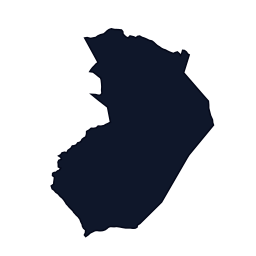 outline of Carira, Sergipe, Brazil, rotated 351°
{"feature_id": "56859067B91089442676951", "entity_name": "Carira", "entity_type": "district", "adm_level": 2, "iso_a3": "BRA", "parent_name": "Brazil", "parent_adm1": "Sergipe", "projection": "albers", "projection_center": [-37.744, -10.353], "detail": "fine", "context": "isolated", "style": "filled", "palette": "ink", "viewbox_px": 256, "rotation_deg": 351, "n_neighbors": 0, "source": "geoboundaries", "source_scale": "gbopen_adm2", "svg_char_len": 2311}
<svg xmlns="http://www.w3.org/2000/svg" viewBox="0 0 256 256"><g transform="rotate(351 128 128)"><path d="M199.9,65.3L198.5,64.2L197.6,62.1L195.9,60.3L194.1,59.8L193.0,62.3L191.2,64.6L190.3,62.6L188.7,60.6L186.5,60.9L184.5,61.5L182.8,60.6L180.9,59.5L179.0,58.2L177.2,56.8L175.2,55.8L173.6,54.7L171.7,52.8L169.7,51.1L168.3,49.4L166.7,47.3L165.2,45.8L162.5,44.7L160.4,43.2L158.2,41.8L156.0,40.7L153.9,39.0L151.9,39.0L149.8,40.2L148.0,38.9L146.1,38.1L144.4,37.4L142.2,39.1L140.4,37.9L139.2,36.5L137.8,34.5L137.9,31.9L136.9,30.2L134.1,29.4L132.2,29.0L130.4,28.7L128.7,28.1L127.1,27.4L124.8,27.8L122.8,28.7L120.8,30.1L118.8,31.3L115.4,31.6L112.5,32.4L110.5,33.5L108.0,33.6L105.1,33.7L103.4,33.0L101.8,32.3L99.3,32.3L108.7,58.6L106.4,59.8L104.6,61.3L102.5,62.8L100.4,64.8L99.1,66.3L102.3,67.3L104.9,70.0L106.9,72.3L108.7,74.1L109.1,76.1L109.0,78.3L108.9,80.2L108.6,83.3L107.9,86.3L107.7,89.7L105.8,91.3L103.5,90.9L101.2,89.9L99.4,89.5L97.1,89.0L103.2,95.8L111.1,104.2L111.6,119.5L109.1,120.4L106.5,121.1L104.6,121.9L101.5,122.0L98.8,121.4L96.7,122.9L93.9,123.0L91.6,122.5L89.4,123.9L86.6,124.9L86.1,127.5L84.9,130.2L82.9,130.9L80.9,132.0L79.6,133.8L78.0,134.6L76.0,134.8L74.3,136.6L72.0,137.1L70.2,137.0L68.4,139.1L65.3,140.6L63.7,142.9L61.6,142.0L59.0,142.2L57.4,143.9L55.1,144.7L57.1,146.5L57.3,148.5L54.6,149.1L53.5,150.8L53.5,152.7L53.1,155.5L55.3,157.1L53.7,158.9L51.6,159.4L50.0,160.5L48.1,160.4L46.5,161.0L46.0,163.2L47.7,165.0L47.1,167.2L46.4,169.5L45.8,171.9L43.1,173.2L43.6,176.2L45.3,177.9L46.6,180.1L48.7,182.1L50.3,184.8L52.3,187.1L53.4,189.0L54.4,191.1L55.3,193.4L56.4,194.9L57.4,196.7L59.0,198.9L60.6,201.1L61.3,202.8L62.4,204.4L63.3,205.9L64.8,207.7L66.3,210.6L66.8,213.3L67.7,216.1L67.7,217.9L68.4,220.0L70.2,222.1L69.6,224.8L68.2,226.8L69.2,228.6L71.9,227.3L74.3,225.7L76.7,225.0L79.2,224.2L81.3,224.3L83.3,224.9L85.0,225.2L87.1,225.3L89.4,224.9L91.3,224.0L93.0,222.9L94.8,222.5L96.6,222.8L99.0,223.3L101.3,223.4L104.8,224.5L107.2,225.4L110.0,226.3L112.3,226.7L114.8,227.1L117.3,227.8L119.4,228.0L121.3,227.4L122.2,225.3L124.8,224.2L149.6,206.4L182.0,166.4L184.1,164.0L212.9,138.5L212.5,136.1L212.7,133.1L212.1,130.9L211.5,128.7L211.3,126.8L211.1,124.6L210.8,121.0L211.3,117.8L211.6,114.0L209.6,110.9L205.0,103.6L191.6,82.1L199.9,65.3Z" fill="#0f172a" stroke="#020617" stroke-width="1.5"/></g></svg>